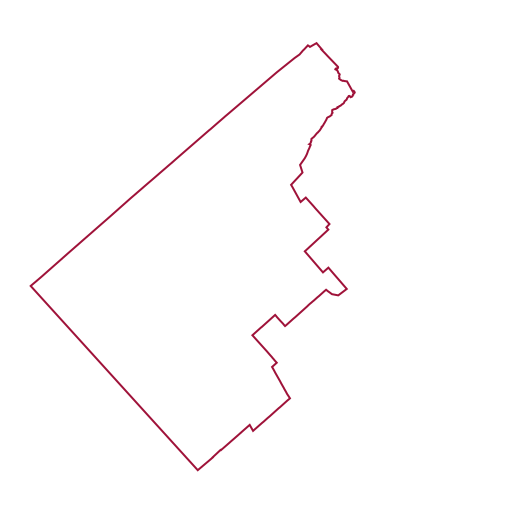 outline of Pocho, Córdoba, Argentina, rotated 318°
{"feature_id": "61730980B20468593076410", "entity_name": "Pocho", "entity_type": "district", "adm_level": 2, "iso_a3": "ARG", "parent_name": "Argentina", "parent_adm1": "Córdoba", "projection": "robinson", "projection_center": [-65.259, -31.51], "detail": "fine", "context": "isolated", "style": "outline", "palette": "rose", "viewbox_px": 512, "rotation_deg": 318, "n_neighbors": 0, "source": "geoboundaries", "source_scale": "gbopen_adm2", "svg_char_len": 5725}
<svg xmlns="http://www.w3.org/2000/svg" viewBox="0 0 512 512"><g transform="rotate(318 256 256)"><path d="M68.5,127.5L69.4,376.2L69.7,376.2L89.1,376.8L89.1,376.6L99.9,376.4L100.0,376.8L111.0,377.0L113.5,377.0L118.0,377.1L130.0,377.2L138.3,377.3L136.8,384.0L139.6,384.0L149.0,384.1L150.6,384.2L152.2,384.2L152.7,384.2L153.7,384.2L155.1,384.2L155.6,384.2L156.5,384.2L158.9,384.3L160.3,384.3L162.2,384.3L163.7,384.3L164.2,384.3L164.6,384.3L165.6,384.3L165.8,384.3L167.3,384.3L169.4,384.3L169.9,384.3L171.3,384.3L172.2,384.4L174.1,384.4L175.5,384.4L177.0,384.4L178.5,384.4L178.9,384.4L179.9,384.4L180.4,384.4L181.9,384.4L182.4,384.4L182.9,384.4L184.4,384.5L185.4,384.5L186.0,384.5L186.1,383.9L186.3,382.7L186.6,380.8L186.7,379.8L186.8,379.4L187.0,378.4L187.2,377.9L187.4,376.9L187.6,376.0L187.7,375.5L187.9,374.6L188.1,373.6L188.4,372.6L188.7,371.1L188.8,370.7L189.0,369.8L189.5,367.5L190.1,365.2L190.6,362.9L191.0,361.1L191.1,360.6L191.3,359.7L191.7,357.9L192.2,355.6L192.8,353.3L193.3,351.1L193.4,350.6L193.6,349.7L193.7,349.2L194.2,349.2L194.7,349.2L195.7,349.2L197.6,349.2L198.1,349.2L199.0,349.2L200.0,349.2L200.0,348.2L200.0,347.7L200.0,346.2L200.1,344.3L200.1,343.8L200.1,342.9L200.2,341.5L200.2,340.0L200.2,339.5L200.2,338.5L200.3,334.3L200.3,332.8L200.3,332.3L200.3,331.4L200.3,330.4L200.3,329.9L200.3,329.0L200.3,328.0L200.3,327.5L200.3,326.5L200.3,326.1L200.3,325.1L200.3,324.1L200.3,323.6L200.3,322.7L200.3,322.2L200.3,321.7L200.3,320.8L200.3,320.3L200.3,319.3L200.3,317.0L200.3,316.7L200.3,313.4L200.3,313.0L200.3,312.5L200.8,312.5L201.8,312.5L202.3,312.5L203.2,312.5L205.2,312.5L207.6,312.5L208.6,312.5L210.6,312.5L211.0,312.5L212.0,312.5L212.5,312.6L213.9,312.6L214.4,312.6L215.3,312.6L215.8,312.6L217.2,312.6L217.7,312.6L217.8,312.6L218.3,312.6L220.7,312.6L222.2,312.6L223.7,312.6L225.4,312.6L226.1,312.6L227.9,312.6L228.4,312.6L228.9,312.6L230.8,312.6L230.8,313.6L230.8,314.1L230.7,315.1L230.7,315.7L230.7,316.7L230.7,317.2L230.7,317.7L230.7,318.2L230.7,320.3L230.8,324.1L230.8,324.7L230.7,325.6L230.7,326.1L230.7,327.5L232.5,327.6L234.4,327.6L236.3,327.6L238.1,327.6L240.0,327.6L241.9,327.6L244.2,327.7L246.0,327.7L246.5,327.7L247.4,327.7L248.8,327.7L251.5,327.7L252.0,327.7L252.4,327.7L253.4,327.7L254.3,327.7L254.8,327.7L255.7,327.7L257.6,327.7L258.1,327.7L259.0,327.7L260.4,327.7L262.3,327.6L262.7,327.6L264.3,327.6L266.1,327.7L267.5,327.7L269.0,327.8L269.6,327.8L270.1,327.8L270.5,327.8L271.5,327.8L272.4,327.8L272.9,327.8L273.8,327.8L274.3,327.8L275.7,327.9L276.2,327.9L277.6,327.9L278.0,327.9L279.4,327.9L279.9,327.9L281.3,327.9L281.8,327.9L282.7,327.9L283.2,327.9L283.7,327.9L285.1,328.0L285.5,328.0L285.9,330.4L286.4,332.6L286.9,335.2L290.8,340.3L298.8,341.0L301.4,341.2L301.8,321.5L302.0,313.1L294.8,313.0L295.4,285.2L327.4,284.8L327.5,281.8L332.0,281.4L332.0,260.6L332.1,257.2L332.1,245.9L328.0,245.8L325.3,245.7L329.3,228.7L329.7,226.6L346.4,225.1L349.7,217.8L357.6,216.0L360.2,215.1L361.6,214.5L362.1,214.3L363.8,213.4L364.6,212.9L365.0,212.7L365.9,212.3L366.9,211.9L367.6,211.6L368.1,211.4L369.0,210.9L370.9,210.1L370.8,209.4L370.6,208.8L370.5,208.6L371.2,208.7L371.7,208.6L372.2,208.5L372.8,208.3L373.4,207.7L373.5,207.6L373.9,207.5L374.1,207.5L374.3,207.5L374.7,207.0L375.0,206.6L375.4,206.2L375.5,206.1L377.1,206.1L378.0,206.2L378.4,206.2L378.9,206.2L379.4,206.1L379.9,206.1L380.9,205.9L382.9,205.6L384.0,205.5L384.4,205.6L384.8,205.6L385.0,205.5L387.5,205.3L388.9,204.9L389.3,204.8L390.2,204.5L391.2,204.3L391.3,203.9L392.2,203.9L392.7,204.0L395.0,203.2L395.5,203.1L396.4,202.8L398.2,202.2L398.7,202.0L399.2,201.9L401.3,200.9L402.2,201.0L404.2,201.6L405.5,201.7L406.5,201.8L407.1,201.2L408.1,200.8L408.7,200.8L408.8,200.3L408.9,200.0L409.2,199.7L409.8,199.0L410.0,198.8L410.5,198.5L411.4,198.9L411.9,199.0L412.3,199.2L412.9,199.6L413.4,199.8L413.5,199.9L413.9,200.1L414.5,200.1L415.1,200.2L415.4,200.4L415.5,200.5L416.0,200.1L416.2,199.9L416.6,200.1L416.8,200.3L417.1,200.5L417.3,200.5L417.7,200.4L418.0,200.4L418.4,200.4L419.1,200.8L419.7,200.9L420.1,200.8L420.4,200.9L421.0,200.9L421.6,200.9L421.9,200.9L422.1,201.0L422.4,201.1L422.7,201.1L423.7,201.1L423.9,201.0L424.4,200.8L424.9,200.5L425.2,200.4L426.0,200.3L426.4,200.4L426.7,200.3L426.9,200.3L427.3,200.4L427.5,200.4L427.8,200.4L428.1,200.4L429.0,199.8L429.8,199.6L430.5,199.5L431.3,199.5L431.9,199.3L432.0,199.2L432.4,199.4L432.7,200.3L432.9,200.7L432.5,200.8L431.9,201.1L431.7,201.1L432.8,201.3L433.5,201.7L433.8,201.8L434.6,201.8L435.3,201.4L435.6,201.3L436.0,201.3L436.2,200.8L436.6,200.8L437.1,200.8L437.6,200.8L438.1,200.8L438.9,200.4L438.9,200.1L439.1,199.5L439.1,199.1L439.1,198.9L439.1,198.7L437.9,198.7L438.3,196.7L439.6,191.1L440.5,187.1L440.1,186.7L439.7,186.2L438.8,185.2L438.3,184.3L437.8,184.1L437.6,183.8L437.5,183.6L437.4,183.3L437.1,182.8L436.8,181.9L436.8,181.5L436.6,180.9L436.4,180.4L436.4,180.2L436.5,179.7L437.5,179.2L437.8,178.6L438.1,177.9L438.5,177.6L439.2,177.4L439.6,177.2L439.8,176.8L439.8,176.6L439.8,176.0L439.7,175.5L439.7,174.9L439.9,174.5L440.2,174.0L440.3,173.5L440.5,172.9L440.5,172.5L440.3,171.5L440.2,171.2L440.1,170.8L439.9,170.4L440.1,170.3L440.4,170.1L440.7,170.1L441.0,170.3L441.3,170.4L441.7,170.6L441.8,171.0L442.0,171.2L442.4,171.2L443.1,170.8L443.1,170.7L443.3,170.3L443.5,170.2L443.3,164.1L443.0,154.5L443.0,154.0L443.0,153.5L442.8,147.0L442.8,146.4L443.2,146.6L443.4,138.3L436.0,136.7L435.8,135.3L435.5,134.2L429.9,134.7L428.5,134.7L423.2,135.4L417.1,134.7L394.3,133.4L394.0,133.4L351.5,132.3L329.1,131.7L326.5,131.6L324.7,131.6L314.5,131.4L306.6,131.3L305.9,131.2L260.6,130.4L258.7,130.4L239.8,130.0L229.1,129.8L225.7,129.7L201.5,129.2L173.5,129.0L160.4,128.8L152.2,128.7L139.2,128.5L117.4,128.2L83.2,127.9L68.9,127.5L68.5,127.5Z" fill="none" stroke="#9f1239" stroke-width="2"/></g></svg>